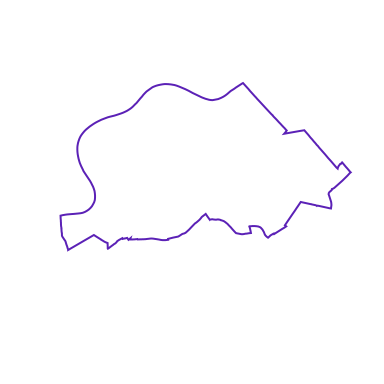 Houten, Utrecht, Netherlands, rotated 125°
{"feature_id": "6326949B44228368891089", "entity_name": "Houten", "entity_type": "district", "adm_level": 2, "iso_a3": "NLD", "parent_name": "Netherlands", "parent_adm1": "Utrecht", "projection": "albers", "projection_center": [5.179, 52.008], "detail": "fine", "context": "isolated", "style": "outline", "palette": "violet", "viewbox_px": 384, "rotation_deg": 125, "n_neighbors": 0, "source": "geoboundaries", "source_scale": "gbopen_adm2", "svg_char_len": 5717}
<svg xmlns="http://www.w3.org/2000/svg" viewBox="0 0 384 384"><g transform="rotate(125 192 192)"><path d="M286.8,286.1L289.3,284.2L290.2,283.4L291.8,282.2L292.0,282.0L292.1,281.9L292.5,281.6L293.9,280.6L295.1,279.6L296.6,278.1L296.8,278.1L297.1,277.8L299.0,276.3L300.4,275.0L300.4,274.9L301.8,273.9L302.1,273.7L302.7,273.0L302.8,272.8L303.0,272.4L303.2,271.9L303.9,270.1L304.4,268.9L304.6,268.1L304.9,267.6L305.0,267.3L305.5,266.7L307.1,264.7L308.3,262.9L308.6,262.6L309.4,261.6L310.2,260.4L310.5,260.2L304.9,257.6L294.5,252.8L283.5,247.7L283.4,244.7L283.2,240.8L283.1,239.5L283.2,239.4L283.0,236.6L283.0,236.0L282.8,234.3L282.5,233.0L282.2,231.9L285.9,229.1L286.4,228.8L286.6,228.6L286.7,228.4L286.4,228.2L282.0,226.8L280.3,226.2L279.7,226.1L278.7,225.6L277.5,225.2L275.7,225.0L275.3,225.1L273.2,224.3L269.8,222.6L270.2,221.9L268.9,220.8L268.8,220.5L266.8,218.8L267.6,216.6L265.1,215.9L266.4,215.5L265.6,214.3L263.9,212.1L263.4,211.5L262.2,210.1L261.9,209.8L262.1,209.5L262.1,209.4L261.9,209.2L260.6,207.4L258.5,204.6L257.5,203.3L256.9,202.6L255.9,201.5L255.3,200.8L254.2,199.6L253.4,198.6L253.1,198.1L252.5,197.1L251.8,195.7L250.4,192.9L250.3,192.6L250.0,192.1L249.5,190.9L249.0,189.8L248.2,188.3L247.7,187.6L246.7,186.2L244.8,184.1L244.1,184.7L241.0,182.0L240.4,181.5L238.5,179.7L236.7,178.0L236.5,177.8L235.9,177.5L235.5,177.3L233.0,176.3L232.4,176.1L232.1,175.9L231.7,175.7L231.3,175.4L230.7,174.8L230.0,174.4L229.2,173.9L227.1,173.4L225.3,173.0L224.4,172.8L221.6,172.4L217.7,171.8L215.9,171.5L215.0,171.1L213.3,170.6L211.6,170.2L210.4,169.9L209.2,169.8L208.6,169.7L207.3,169.7L206.6,169.6L204.1,168.8L202.8,168.4L202.1,168.2L202.4,167.4L203.1,165.6L203.9,163.3L204.5,161.6L204.4,161.6L203.3,160.4L202.7,159.8L202.5,159.3L201.8,157.9L201.2,156.9L200.9,156.4L200.0,155.5L199.5,154.9L199.4,154.6L199.0,153.9L198.5,152.6L198.6,152.3L198.4,151.9L198.3,151.6L197.8,150.0L197.7,149.4L197.6,149.1L197.6,148.6L197.6,148.1L197.6,146.8L197.7,146.4L197.7,145.6L197.8,144.4L198.0,143.6L198.1,143.2L198.4,141.6L198.8,139.4L199.0,138.9L199.9,135.1L200.4,132.7L200.4,132.3L200.3,132.2L200.1,131.5L199.9,131.1L199.4,130.0L198.3,127.5L198.1,127.1L197.5,126.3L196.8,125.5L195.4,124.2L194.7,123.3L193.2,121.8L191.8,120.2L190.7,121.3L189.6,122.5L188.5,123.7L187.3,125.3L187.1,125.2L185.8,123.6L185.1,122.8L184.6,122.0L184.0,121.2L183.2,119.8L182.9,119.3L182.7,118.8L182.3,118.1L182.1,117.4L182.0,116.9L181.9,116.6L181.8,116.0L181.8,115.4L181.8,115.2L182.0,114.2L182.2,113.6L182.2,113.2L182.4,112.6L182.6,112.2L183.0,111.4L183.5,110.3L184.0,109.5L184.9,108.2L185.2,107.5L185.4,107.2L185.5,106.5L185.7,105.8L185.8,104.5L185.8,103.5L185.0,103.3L183.6,103.0L182.5,102.8L181.6,102.4L179.6,101.5L179.0,101.1L179.3,100.6L170.2,96.8L168.5,96.0L166.1,95.1L166.0,96.1L166.0,96.8L160.5,96.9L152.4,97.0L151.1,97.0L148.5,97.0L148.3,97.0L145.1,97.1L143.1,97.1L137.8,97.2L137.1,95.5L134.0,88.1L133.5,87.1L133.5,86.9L131.8,82.9L131.8,82.4L131.8,82.1L131.8,81.9L131.7,81.9L131.5,81.6L131.2,81.4L130.6,80.1L126.9,71.2L126.6,70.4L126.0,69.1L125.8,68.7L122.7,70.3L122.2,70.7L121.0,71.7L120.2,72.5L116.1,77.9L115.5,78.8L114.7,79.2L114.5,79.3L114.3,79.3L113.5,79.4L113.4,79.4L111.7,79.0L111.6,78.9L111.1,78.9L110.3,78.7L109.7,78.8L109.4,79.0L109.2,78.7L108.8,78.7L108.4,78.4L107.5,78.0L107.0,77.8L106.6,77.7L104.5,77.2L96.4,75.3L94.2,74.9L92.6,74.6L89.4,74.0L86.1,73.6L84.9,73.3L84.9,73.7L84.7,74.3L84.2,76.1L83.5,78.8L83.2,80.2L82.9,81.3L81.8,85.4L81.6,85.9L81.6,86.0L83.0,86.1L83.4,86.1L83.5,86.2L83.6,86.3L83.8,86.6L84.0,86.7L84.7,86.7L85.5,86.7L86.1,86.8L86.5,86.8L87.1,86.7L87.8,86.6L88.3,86.5L88.6,86.4L89.3,86.1L89.1,87.7L87.0,95.9L86.1,99.9L84.8,104.7L83.1,111.8L82.8,113.1L82.1,115.3L82.0,115.9L82.0,116.0L81.9,116.7L81.3,118.7L81.2,119.1L80.9,120.3L80.8,120.9L80.0,123.7L79.6,125.6L79.1,127.5L78.9,128.0L78.3,130.2L77.8,132.3L77.0,135.4L80.1,138.6L81.9,140.4L91.4,149.9L89.2,149.7L87.3,149.7L87.2,150.3L87.2,150.5L87.1,150.8L86.9,151.5L86.8,152.1L86.5,153.1L86.4,154.2L86.2,154.8L86.1,155.4L86.0,156.0L85.4,158.6L85.0,160.8L84.7,162.1L84.2,164.3L83.8,166.4L83.5,168.1L83.0,170.1L82.9,170.1L82.7,171.7L82.6,172.2L82.0,175.0L81.0,179.7L79.1,188.4L78.3,192.2L77.9,193.7L77.7,194.6L77.7,194.8L76.8,198.7L75.8,203.1L75.7,203.2L75.6,203.7L75.5,204.1L75.4,204.3L73.5,212.7L74.0,213.0L81.1,215.9L83.2,216.6L87.0,218.2L88.5,218.6L91.4,219.3L93.6,220.0L95.8,220.9L98.1,222.1L100.3,223.5L100.8,223.8L103.6,226.5L104.9,227.8L105.7,229.0L106.7,231.0L107.1,232.2L107.9,234.4L108.3,236.0L108.7,237.5L109.0,239.0L109.5,242.1L110.5,248.1L110.9,251.7L111.0,252.7L111.6,256.4L112.2,259.2L113.0,262.9L113.6,265.2L114.0,266.5L114.5,267.9L114.9,268.7L115.6,270.2L116.1,271.2L117.4,273.5L119.1,276.1L120.5,277.7L122.1,279.3L123.8,280.9L125.5,282.3L127.4,283.6L128.9,284.5L134.3,286.4L135.8,286.9L138.1,287.3L140.3,287.6L142.6,287.7L144.9,288.0L151.0,288.5L151.5,288.6L152.2,288.8L156.4,289.5L158.6,290.1L160.7,290.9L162.8,291.8L164.8,292.9L166.8,294.1L167.8,294.8L168.4,295.2L172.7,298.4L174.2,299.6L177.5,302.5L179.2,303.9L181.1,305.2L183.0,306.5L184.8,307.7L186.8,308.8L188.6,309.8L190.6,310.8L192.9,311.8L195.3,312.7L197.2,313.4L199.4,314.0L201.6,314.6L203.8,315.0L206.1,315.2L208.4,315.3L210.6,315.2L212.9,314.8L215.1,314.2L217.2,313.5L220.0,312.2L221.2,311.5L223.1,310.2L224.9,308.8L226.6,307.3L228.2,305.7L229.8,304.0L231.2,302.3L232.6,300.5L234.3,297.8L236.4,294.0L237.1,292.9L239.0,288.1L241.4,281.9L242.3,280.0L243.4,278.0L244.4,276.1L245.7,274.2L247.1,272.4L248.8,270.8L250.5,269.4L252.4,268.1L254.3,267.0L256.5,266.3L258.7,266.0L261.1,265.8L263.2,266.0L265.6,266.5L267.7,267.3L269.6,268.2L271.6,269.5L273.2,271.0L274.8,272.8L277.8,276.3L279.0,277.8L282.0,281.4L283.6,283.1L285.2,284.7L286.8,286.1Z" fill="none" stroke="#5b21b6" stroke-width="2"/></g></svg>